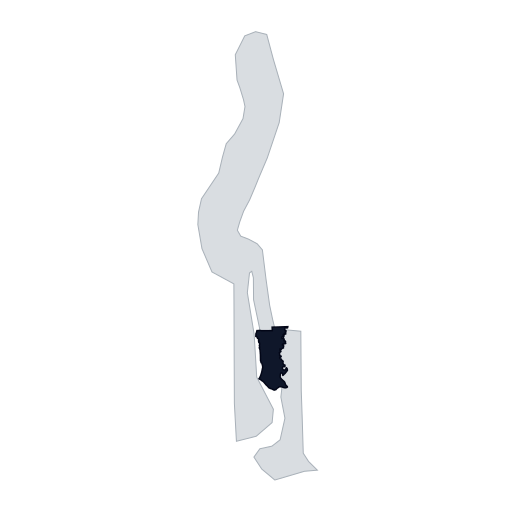 Kiang West, Lower River, Gambia (highlighted), rotated 269°
{"feature_id": "56634734B57370738255875", "entity_name": "Kiang West", "entity_type": "district", "adm_level": 2, "iso_a3": "GMB", "parent_name": "Gambia", "parent_adm1": "Lower River", "projection": "orthographic", "projection_center": [-15.997, 13.345], "detail": "fine", "context": "in_parent", "style": "filled", "palette": "ink", "viewbox_px": 512, "rotation_deg": 269, "n_neighbors": 0, "source": "geoboundaries", "source_scale": "gbopen_adm2", "svg_char_len": 6241}
<svg xmlns="http://www.w3.org/2000/svg" viewBox="0 0 512 512"><g transform="rotate(269 256 256)"><path d="M71.1,233.2L109.0,231.8L154.9,232.4L204.9,233.1L228.5,233.4L240.8,211.7L264.3,202.1L288.4,198.4L300.9,199.3L314.2,202.5L339.6,220.2L355.4,224.2L368.8,228.2L378.4,236.8L393.6,245.4L405.6,247.6L412.7,246.2L424.5,242.8L432.3,240.1L457.6,238.8L476.3,248.6L480.3,259.5L477.3,270.6L452.3,276.8L417.7,286.4L388.9,281.5L353.9,269.0L333.5,259.9L325.0,256.3L312.2,250.6L301.0,244.4L290.3,240.3L282.1,237.8L276.1,241.1L273.0,248.8L268.2,257.4L262.0,262.5L232.7,265.6L206.4,268.8L192.3,271.5L182.9,273.6L180.0,299.5L150.2,299.2L120.9,298.9L90.6,299.4L58.0,299.8L49.6,305.0L40.8,313.6L39.9,300.6L31.7,270.9L42.9,258.0L55.0,250.4L63.2,256.5L65.6,268.6L71.8,276.9L93.3,282.1L114.5,278.4L127.4,280.1L127.0,273.4L131.4,264.5L157.2,260.7L184.4,258.2L212.4,252.8L234.3,253.0L240.8,251.5L239.2,249.2L219.5,246.7L177.6,252.8L134.9,254.6L102.5,270.7L89.2,269.2L75.8,253.1L71.1,233.2Z" fill="#d9dde1" stroke="#a8b0b8" stroke-width="1"/><path d="M127.4,283.1L128.8,282.7L129.5,282.4L129.7,282.2L130.2,281.8L131.5,280.3L131.9,280.0L132.0,279.8L132.1,279.7L133.3,278.7L133.6,278.5L133.7,278.3L134.3,278.1L135.0,278.0L135.6,278.1L136.1,278.1L136.4,278.2L137.1,278.2L137.8,278.4L138.1,278.6L138.6,279.0L138.6,279.9L138.3,280.2L138.1,280.3L137.7,280.5L137.1,280.6L136.4,280.6L136.2,280.8L136.5,281.3L137.4,282.1L138.0,282.9L140.8,285.2L141.1,285.4L141.4,285.4L141.7,285.4L142.2,285.3L142.7,285.2L142.9,285.1L143.1,285.0L143.4,284.8L143.7,284.5L143.7,284.3L143.6,284.2L143.0,284.0L142.5,283.9L142.1,283.6L141.8,283.4L141.7,283.1L141.5,282.5L141.5,282.1L141.7,281.4L141.8,281.2L142.1,280.9L142.6,280.6L142.9,280.5L143.2,280.5L143.7,280.5L143.8,280.5L144.6,280.8L144.8,281.1L144.9,281.5L144.9,281.8L144.8,282.3L145.0,282.8L145.2,283.0L145.5,283.1L145.8,283.0L146.2,283.0L146.4,283.0L146.5,282.7L146.7,282.2L147.4,281.4L147.9,281.2L148.4,281.1L149.3,281.1L149.7,281.2L150.0,281.3L150.4,281.2L150.5,281.1L150.9,280.5L151.2,280.1L151.7,279.8L152.2,279.6L152.5,279.4L152.5,279.2L152.7,278.6L152.9,278.3L153.0,278.2L153.4,277.9L153.5,277.9L154.0,277.9L154.2,278.0L154.3,278.1L154.4,278.4L154.4,278.8L154.9,279.3L155.2,279.4L155.6,279.2L155.7,278.9L155.7,278.5L155.9,278.1L156.1,277.9L156.5,277.8L157.3,278.0L157.5,278.0L158.1,277.8L158.3,277.7L158.9,277.6L159.2,277.9L159.5,278.6L160.0,279.2L160.3,279.2L160.5,279.2L160.7,278.7L161.0,278.5L161.4,278.4L161.8,278.3L162.1,278.3L162.4,278.6L162.5,278.6L162.4,278.8L162.4,279.0L162.2,279.3L162.2,279.6L162.5,279.9L163.0,280.3L163.2,280.6L163.3,280.8L163.4,281.1L163.5,281.6L163.6,281.8L164.3,281.8L164.5,281.8L165.0,281.9L165.2,282.1L165.5,282.1L166.0,282.0L166.4,281.8L166.4,281.6L166.3,281.4L166.3,281.1L166.4,280.9L166.5,280.8L166.8,280.8L167.3,281.0L167.8,281.6L168.0,281.9L168.0,282.0L168.1,282.5L167.9,282.6L167.7,282.8L167.8,283.2L167.9,283.9L168.0,284.1L168.7,283.8L168.9,283.9L169.5,284.1L170.0,284.0L170.4,283.8L170.6,283.5L170.6,283.4L170.5,282.7L170.8,282.4L171.0,282.5L171.4,282.7L171.9,282.7L172.9,282.4L173.2,282.1L173.4,281.9L173.4,281.7L173.2,281.0L173.3,280.8L173.5,280.5L173.6,280.3L173.9,280.3L174.5,280.5L174.8,280.7L175.2,281.4L175.2,281.5L175.0,281.9L174.8,282.0L174.7,282.2L174.8,282.3L175.6,282.6L175.9,282.6L176.1,282.4L176.1,282.2L176.2,281.9L176.3,281.9L176.5,281.8L177.0,281.8L177.5,282.4L177.6,282.5L177.6,282.8L177.4,282.9L177.2,283.2L177.2,283.3L177.6,284.4L177.8,284.4L178.0,284.2L178.3,283.8L178.5,283.7L178.9,284.0L179.0,284.2L179.3,284.5L179.5,284.5L180.0,284.6L180.4,284.7L180.7,284.7L180.8,284.5L180.9,284.3L180.8,284.1L180.7,284.0L180.9,283.7L181.3,283.5L181.9,283.4L182.1,283.4L182.4,283.5L182.5,283.6L183.4,283.6L184.0,283.8L184.3,284.2L184.3,284.3L184.1,284.5L183.6,284.9L183.5,285.2L183.6,286.3L183.8,286.4L184.0,286.3L184.4,286.4L184.5,286.4L184.8,286.5L184.6,276.0L184.6,275.9L184.6,273.5L184.6,270.9L181.1,271.0L181.2,260.0L181.4,259.5L181.5,258.8L181.5,258.2L181.4,256.5L181.4,255.8L181.4,255.7L181.0,255.7L180.7,255.4L179.9,255.3L179.6,255.3L179.4,255.1L178.6,254.7L178.3,254.6L177.8,254.5L177.5,254.6L177.0,254.6L176.6,254.5L176.3,254.5L176.1,254.4L175.7,254.4L175.5,254.7L175.4,254.8L175.2,255.1L175.1,255.4L175.0,255.5L174.7,255.8L174.6,256.0L174.4,256.0L174.2,256.1L173.6,256.1L173.5,256.3L173.4,256.6L173.3,256.9L173.2,257.0L172.9,257.2L172.3,257.3L172.2,257.2L171.7,257.1L171.2,257.1L170.8,257.1L170.6,257.1L170.4,257.2L170.1,257.3L169.8,257.3L169.6,257.3L169.4,257.4L169.4,257.7L169.2,257.9L169.1,258.0L168.7,258.1L168.4,258.1L168.2,258.2L167.9,258.2L167.7,258.1L167.4,258.1L166.5,257.8L166.4,257.8L166.1,257.8L165.8,258.0L164.5,258.1L164.3,257.9L164.2,257.7L163.7,257.8L163.1,258.1L162.2,258.3L161.9,258.4L161.2,258.5L160.9,258.5L160.7,258.5L160.2,258.5L159.4,258.6L158.5,258.6L157.5,258.7L156.9,258.7L156.7,258.8L156.4,258.8L156.4,258.7L154.5,258.7L153.2,258.7L152.1,258.7L151.6,258.7L151.2,258.7L150.5,259.0L150.4,259.1L150.2,259.2L149.4,259.2L149.4,259.3L149.1,259.7L148.9,259.8L148.6,260.0L148.2,260.2L147.8,260.2L146.7,260.5L145.8,260.7L145.5,260.7L144.3,260.8L144.1,260.8L143.9,260.6L143.0,260.4L141.6,260.1L140.2,259.8L139.1,259.5L137.3,258.9L136.5,258.6L136.3,258.6L136.0,258.5L135.5,258.1L135.0,258.0L134.0,257.4L133.7,257.2L133.3,256.8L133.2,256.8L133.0,257.0L132.9,257.4L132.6,257.8L132.6,258.0L132.2,258.6L131.7,259.1L131.4,259.4L131.4,259.5L131.1,260.0L130.6,260.7L130.5,260.8L129.9,261.5L129.7,261.7L129.5,261.8L129.5,262.0L129.2,262.1L129.0,262.4L128.8,262.4L128.4,262.7L128.0,263.1L127.6,263.3L127.5,263.5L127.2,263.7L127.0,263.8L126.5,264.4L126.1,264.8L125.7,265.2L125.1,265.7L124.6,266.1L124.0,266.6L123.9,266.8L123.6,267.5L123.3,268.0L123.1,268.7L122.9,269.3L122.8,269.5L122.7,269.8L122.6,270.0L122.4,270.3L122.3,270.6L122.1,270.8L122.1,271.0L122.0,271.3L121.7,271.5L121.6,272.0L121.7,272.3L121.7,272.5L121.8,272.7L121.9,272.8L122.0,273.5L122.8,274.2L123.1,274.5L123.5,275.0L123.8,275.5L124.2,276.1L124.5,276.6L124.8,276.9L124.9,277.1L125.0,277.5L124.9,278.1L124.8,278.6L124.7,279.2L124.7,279.4L124.5,280.1L124.4,280.3L123.8,281.9L123.8,282.2L123.7,283.1L123.8,283.2L123.8,283.7L123.9,284.2L124.1,284.7L124.5,285.1L125.0,285.0L125.2,284.8L125.6,284.3L126.4,283.6L126.9,283.3L127.4,283.1Z" fill="#0f172a" stroke="#020617" stroke-width="1.5"/></g></svg>